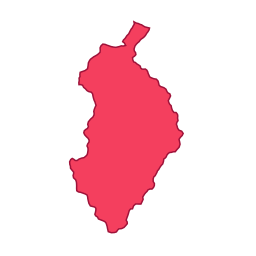 Itaipé, Minas Gerais, Brazil, rotated 188°
{"feature_id": "56859067B82084481875412", "entity_name": "Itaipé", "entity_type": "district", "adm_level": 2, "iso_a3": "BRA", "parent_name": "Brazil", "parent_adm1": "Minas Gerais", "projection": "orthographic", "projection_center": [-41.656, -17.418], "detail": "fine", "context": "isolated", "style": "filled", "palette": "rose", "viewbox_px": 256, "rotation_deg": 188, "n_neighbors": 0, "source": "geoboundaries", "source_scale": "gbopen_adm2", "svg_char_len": 3332}
<svg xmlns="http://www.w3.org/2000/svg" viewBox="0 0 256 256"><g transform="rotate(188 128 128)"><path d="M91.0,93.3L89.9,95.5L88.6,97.3L88.2,100.1L88.3,102.2L87.1,103.3L86.2,104.6L85.7,106.6L84.6,108.4L83.4,109.5L81.7,109.9L80.0,110.7L77.9,111.1L76.7,113.2L75.7,114.6L74.7,116.1L74.2,119.2L75.1,121.9L75.9,123.9L74.8,126.1L73.3,128.1L72.6,130.3L74.4,132.3L77.1,132.9L78.8,134.6L79.7,136.8L80.6,138.5L80.4,140.4L79.5,142.2L80.3,144.7L80.4,146.9L80.9,148.4L82.5,150.0L84.7,149.8L86.5,151.6L87.6,153.8L88.4,156.1L90.0,157.3L91.1,158.9L91.9,160.7L91.0,163.4L90.3,165.7L91.4,167.7L93.1,168.2L94.4,169.4L95.8,171.7L98.0,172.9L99.8,173.3L101.6,173.6L103.3,174.9L103.9,176.7L104.8,178.7L106.7,180.3L109.4,180.4L112.0,181.0L113.7,181.7L114.5,183.1L115.6,184.8L116.3,186.4L117.4,187.9L119.0,188.8L120.9,188.4L122.4,188.3L123.9,189.3L124.4,190.9L126.0,191.8L128.3,192.8L129.8,193.9L131.5,194.2L132.7,196.0L133.3,198.4L131.5,200.1L130.4,201.7L131.0,203.7L132.4,205.1L133.0,207.0L132.5,210.1L131.4,212.2L130.2,213.8L129.0,215.1L128.2,216.7L127.2,218.0L125.9,219.1L124.4,220.8L123.4,222.5L122.7,224.3L121.7,226.0L120.8,228.1L120.6,230.0L122.6,230.2L125.4,230.5L127.5,231.4L128.9,232.1L130.5,232.3L132.3,232.9L134.6,233.1L136.9,234.0L136.2,231.8L137.1,229.7L137.7,227.8L138.6,226.4L139.5,224.0L140.4,221.3L142.0,219.2L143.3,216.4L144.8,214.4L145.3,212.7L143.5,211.8L141.8,209.4L144.1,208.5L146.1,208.4L147.8,207.5L149.6,206.8L151.2,206.2L153.3,206.1L156.3,206.3L158.6,206.8L160.4,207.1L162.2,207.6L164.6,207.6L166.2,205.6L166.8,203.5L166.3,201.0L166.2,199.1L167.5,197.4L168.9,196.0L170.4,194.8L171.8,193.8L173.0,192.6L174.7,190.9L175.5,189.4L176.3,187.0L176.2,184.1L176.3,181.1L178.5,178.9L181.2,177.5L183.1,176.5L183.1,174.4L182.7,172.2L183.4,170.6L182.9,168.3L183.0,166.1L182.6,164.1L180.7,164.4L178.9,164.0L177.6,162.1L175.6,160.9L173.9,159.4L172.1,158.6L169.2,158.3L167.8,156.8L167.0,154.4L166.2,152.4L165.3,150.6L164.3,149.1L163.6,147.5L162.8,146.0L163.4,144.1L164.0,141.6L164.2,139.6L163.6,137.9L163.5,136.1L164.3,133.9L166.3,131.6L168.1,128.6L168.4,126.0L167.4,123.8L168.1,121.9L169.6,120.7L170.9,119.2L171.1,117.1L170.0,115.3L168.0,113.6L166.0,112.2L164.8,110.5L164.7,108.6L165.7,106.6L166.1,104.5L164.9,102.7L164.5,100.6L164.5,98.1L164.7,96.0L165.8,94.3L167.5,92.5L169.8,91.7L172.2,90.4L173.9,88.7L175.8,88.5L177.4,89.5L179.0,90.1L180.3,88.8L181.1,86.4L180.5,83.8L179.7,82.2L179.3,80.1L177.4,78.3L175.7,76.8L175.5,75.0L175.8,73.4L175.0,71.1L172.6,69.4L171.6,67.4L171.2,65.8L170.8,63.6L170.5,61.1L170.0,58.7L168.2,57.8L165.9,57.7L163.9,57.3L161.1,56.7L159.2,55.9L158.4,54.2L157.9,52.3L157.1,50.1L156.2,47.9L154.4,45.6L151.8,45.3L150.0,45.1L148.7,44.1L148.4,42.4L148.5,40.0L148.8,38.0L147.9,36.6L145.8,35.6L144.6,33.8L141.7,33.1L139.6,32.6L138.0,32.1L136.7,31.1L135.8,29.5L134.9,27.5L134.2,25.4L133.1,22.6L129.9,22.0L126.9,22.6L125.0,23.5L124.1,25.4L123.1,26.8L120.3,27.5L118.1,29.0L116.7,31.0L115.4,33.1L115.7,34.8L117.0,36.5L116.6,38.8L116.1,41.0L115.7,43.3L115.5,45.0L115.2,46.6L114.2,48.2L112.3,48.6L111.6,51.8L109.9,53.8L106.9,54.2L104.6,54.5L103.9,56.7L103.1,59.4L103.8,61.7L103.1,63.3L102.3,65.1L101.4,66.5L100.3,67.9L99.7,69.4L97.9,70.6L95.7,70.9L94.5,72.6L93.9,74.6L94.1,76.7L95.6,78.5L96.0,81.2L95.6,83.3L94.5,84.5L93.8,86.4L93.2,88.0L92.9,89.6L91.8,91.2L91.0,93.3Z" fill="#f43f5e" stroke="#9f1239" stroke-width="1.5"/></g></svg>